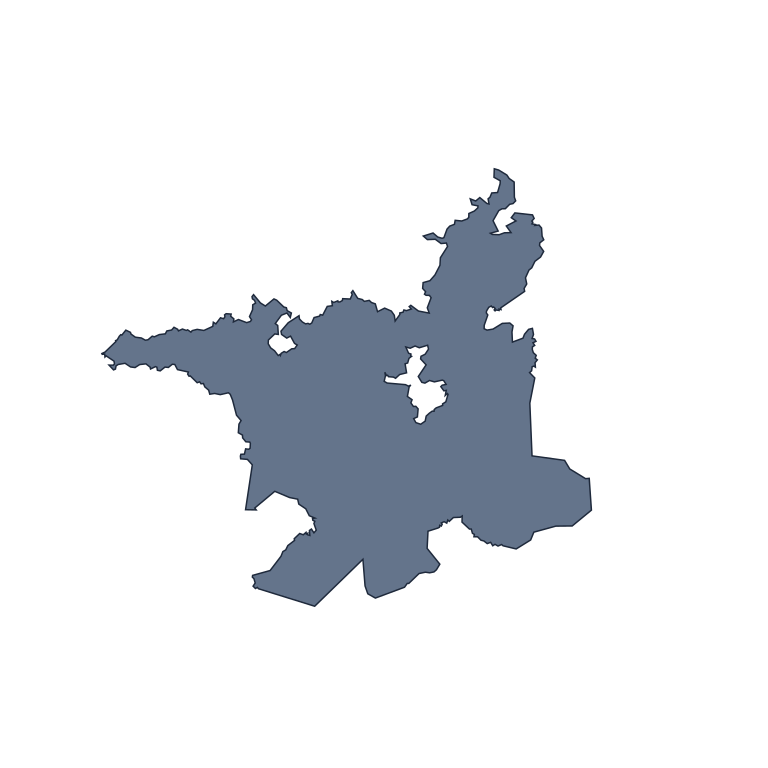 the district of San Juan Lalana, Oaxaca, Mexico, rotated 308°
{"feature_id": "50627088B92037295978986", "entity_name": "San Juan Lalana", "entity_type": "district", "adm_level": 2, "iso_a3": "MEX", "parent_name": "Mexico", "parent_adm1": "Oaxaca", "projection": "albers", "projection_center": [-95.758, 17.512], "detail": "fine", "context": "isolated", "style": "filled", "palette": "slate", "viewbox_px": 768, "rotation_deg": 308, "n_neighbors": 0, "source": "geoboundaries", "source_scale": "gbopen_adm2", "svg_char_len": 6172}
<svg xmlns="http://www.w3.org/2000/svg" viewBox="0 0 768 768"><g transform="rotate(308 384 384)"><path d="M621.5,338.4L614.6,343.4L615.7,350.5L613.3,352.2L604.8,355.6L600.9,351.3L596.4,352.5L594.0,352.0L590.5,355.9L589.6,353.9L589.9,344.7L584.7,343.6L583.0,338.0L579.5,343.0L582.2,348.4L580.6,349.5L575.9,348.7L570.6,345.9L567.5,348.2L565.3,348.0L560.3,344.9L556.8,339.3L553.2,341.2L548.9,338.6L544.9,338.3L536.2,341.1L534.6,340.1L532.9,335.8L533.2,329.7L524.8,323.9L524.5,329.3L529.6,335.3L529.8,342.5L533.5,346.4L531.5,349.4L518.2,350.7L512.0,355.0L501.3,357.0L493.7,356.6L488.0,352.4L483.1,355.6L482.3,360.0L479.7,360.6L479.8,362.6L481.8,365.2L481.0,368.0L470.7,371.2L467.7,376.0L462.7,366.2L462.5,356.7L460.5,356.2L459.9,359.4L455.6,356.5L454.6,354.1L452.3,354.8L449.7,352.7L448.5,353.7L440.5,354.0L444.5,349.8L446.0,344.9L444.2,337.8L437.0,334.4L441.8,327.8L440.5,324.0L440.8,320.9L437.0,317.6L437.2,314.9L435.3,310.6L438.4,302.0L435.8,302.0L435.0,303.8L430.2,305.1L425.8,298.9L424.1,299.8L421.5,298.7L420.4,297.3L421.1,296.4L417.3,294.2L417.0,292.0L413.9,295.1L410.2,291.5L400.5,293.3L399.5,291.0L397.8,291.4L393.3,288.0L387.6,289.5L385.4,288.7L385.0,286.8L383.1,285.2L382.6,281.5L383.2,277.3L385.5,275.0L373.3,270.8L362.2,270.3L360.0,272.8L360.3,279.1L364.2,280.9L360.9,288.5L361.3,291.6L356.9,291.8L354.9,289.6L348.7,287.7L348.1,285.3L344.9,284.1L342.7,284.8L343.2,283.8L341.3,283.1L342.8,277.3L342.7,272.4L344.4,268.0L347.5,265.8L356.2,267.1L358.0,270.2L364.7,264.2L364.7,261.1L375.0,260.8L380.2,263.8L378.7,269.2L382.9,267.3L382.2,262.5L384.0,260.1L383.0,257.6L384.0,247.8L383.3,244.9L372.4,242.5L371.8,236.7L374.1,226.2L371.6,226.2L370.1,227.9L370.2,230.5L368.7,233.0L365.6,231.8L361.6,234.7L354.3,236.5L353.0,240.1L351.0,240.2L347.8,238.0L345.2,229.6L340.2,227.1L342.9,225.6L343.0,221.5L345.0,220.5L342.2,216.3L340.3,215.8L339.0,217.3L336.7,217.4L335.5,214.4L327.9,214.5L327.6,211.5L324.0,213.6L315.3,209.1L312.0,203.1L308.0,200.0L306.0,199.9L305.8,195.9L304.5,195.2L303.2,191.3L299.3,189.3L300.1,187.7L299.4,183.6L295.8,183.4L292.1,180.2L288.9,180.8L284.6,176.5L279.8,174.0L279.0,171.9L273.6,170.8L271.6,169.0L270.9,164.5L267.8,159.2L267.6,153.9L268.6,152.4L267.5,147.4L261.2,147.3L260.8,146.2L258.7,146.0L254.6,146.6L252.9,145.8L252.4,146.6L237.4,144.5L234.3,142.9L233.9,143.7L235.6,145.5L233.5,147.5L235.1,147.7L235.8,157.2L233.8,159.3L232.2,159.1L229.6,155.7L228.6,162.2L230.4,163.2L233.3,161.7L235.7,162.5L240.9,167.2L241.4,173.8L243.7,177.7L248.9,179.5L253.3,184.0L253.3,189.3L252.1,190.8L257.0,193.2L257.4,194.7L255.3,197.0L256.6,199.6L262.5,201.0L264.3,203.9L269.2,205.0L270.6,207.1L268.2,212.4L273.0,222.5L270.9,223.2L270.1,225.6L271.1,226.4L270.0,236.0L272.2,237.4L271.5,239.7L273.2,241.4L271.4,244.6L271.2,249.6L268.7,253.0L272.3,256.4L274.8,261.5L281.3,266.8L281.2,269.2L278.2,274.4L268.6,287.0L267.2,293.9L263.1,294.4L255.9,299.2L256.6,303.9L254.5,305.8L253.4,310.7L255.6,314.0L255.0,315.2L251.0,318.0L249.3,317.6L247.7,314.9L242.8,317.2L240.5,314.5L238.8,315.2L236.8,317.1L240.5,322.8L239.2,330.0L199.7,352.3L206.1,360.8L206.7,358.5L232.2,364.0L236.4,379.5L240.1,386.9L236.9,390.8L237.5,399.2L234.2,406.2L235.8,412.1L234.0,410.5L232.8,411.8L233.2,414.0L230.9,414.7L227.1,420.6L223.6,420.4L225.0,416.1L222.7,415.4L219.0,418.8L218.2,416.7L219.5,415.8L218.0,415.2L219.1,413.9L215.5,413.2L214.3,409.6L206.8,408.5L205.7,409.8L197.5,407.7L192.8,408.7L189.7,407.5L184.8,408.9L166.9,409.1L152.3,398.3L150.8,399.1L150.5,401.4L147.9,405.0L144.1,405.3L143.7,408.6L145.7,409.4L145.4,411.2L166.2,466.2L232.9,475.3L213.2,493.4L208.7,500.4L210.0,509.0L236.5,525.3L241.2,525.1L242.1,526.3L256.2,528.3L261.2,532.5L263.3,536.2L266.7,539.1L269.9,539.7L276.4,538.9L281.0,519.2L295.1,509.3L303.7,515.2L305.3,515.9L306.9,514.9L307.3,516.6L309.3,516.2L309.8,514.7L312.5,516.1L313.0,519.1L316.1,518.0L315.9,520.0L321.5,520.9L326.0,526.2L328.1,526.9L323.2,530.5L322.3,540.6L323.4,542.1L320.8,545.6L321.1,547.8L319.0,548.9L321.2,551.8L320.6,556.6L321.8,559.3L321.8,563.6L324.9,565.5L323.5,569.3L326.0,570.2L326.5,573.6L329.9,575.5L329.8,577.4L335.4,589.7L351.4,595.6L359.5,593.3L377.8,606.9L388.0,619.7L412.3,625.1L436.0,603.8L433.5,601.1L431.4,582.7L435.0,573.3L418.5,544.9L458.7,510.7L481.6,499.1L482.6,491.7L485.3,492.2L488.8,490.1L490.3,491.0L490.5,492.9L493.8,489.9L497.4,490.0L497.4,487.3L500.3,486.3L500.6,482.4L502.6,479.5L504.7,478.1L507.2,479.0L508.2,476.0L511.2,477.5L512.2,474.9L511.0,472.7L515.1,471.3L519.2,466.7L516.1,464.3L509.7,464.1L505.7,465.3L496.1,459.4L503.8,452.8L509.3,449.9L509.5,445.6L504.6,439.9L494.4,436.1L489.9,432.0L489.2,428.9L492.0,426.8L502.3,423.3L503.0,420.9L504.5,419.9L508.9,419.3L511.5,420.5L511.1,422.5L512.2,423.0L512.0,425.1L510.2,425.2L510.0,426.5L511.4,426.8L512.8,429.4L513.9,428.5L514.7,430.4L515.8,429.1L543.6,437.8L545.5,435.6L550.7,434.9L554.8,430.1L563.1,428.1L566.5,428.9L573.6,427.4L580.4,429.2L586.8,428.2L588.9,421.3L591.1,419.9L596.0,421.1L597.8,417.6L603.9,412.1L604.7,408.3L601.9,405.3L602.9,405.2L601.3,402.0L603.1,401.7L603.4,400.2L606.9,400.4L608.7,396.9L599.4,381.8L593.4,381.9L593.7,387.6L583.8,383.1L581.5,390.9L577.3,385.8L572.5,382.8L568.5,377.2L568.3,375.0L574.8,379.8L579.8,369.4L591.3,367.7L594.7,369.1L596.8,371.7L603.0,372.4L605.6,374.6L609.4,375.0L611.4,371.8L623.3,362.2L623.0,356.1L624.3,352.2L623.2,342.6L621.5,338.4ZM426.6,378.4L428.3,382.6L433.1,385.1L434.3,389.5L441.4,394.5L438.9,397.6L432.8,398.1L428.6,396.1L426.3,397.4L425.0,405.4L411.0,406.4L408.6,412.8L409.9,415.7L414.8,417.7L416.7,422.4L423.0,427.6L423.4,429.1L421.9,433.2L418.9,430.6L416.9,430.4L415.5,435.4L417.3,437.0L412.7,439.3L415.5,439.8L415.3,440.8L408.0,443.7L404.4,442.4L403.2,443.4L397.3,439.8L394.8,439.3L393.4,440.2L392.3,438.7L388.9,437.7L384.7,437.0L380.1,439.3L374.9,437.7L373.2,432.9L375.0,428.7L378.6,430.6L385.4,426.2L386.0,422.8L384.4,421.0L385.7,416.8L388.9,415.8L388.6,410.1L397.2,405.6L399.7,405.8L397.4,404.6L396.7,401.3L386.7,385.9L386.2,382.5L391.5,380.0L393.8,377.4L392.2,380.8L393.1,381.5L392.5,383.0L395.3,387.3L395.6,389.6L401.1,390.5L406.7,394.9L412.9,388.2L415.1,389.7L419.6,387.9L422.8,388.7L422.6,387.7L424.2,386.8L423.4,384.4L426.6,378.4Z" fill="#64748b" stroke="#1e293b" stroke-width="1.5"/></g></svg>